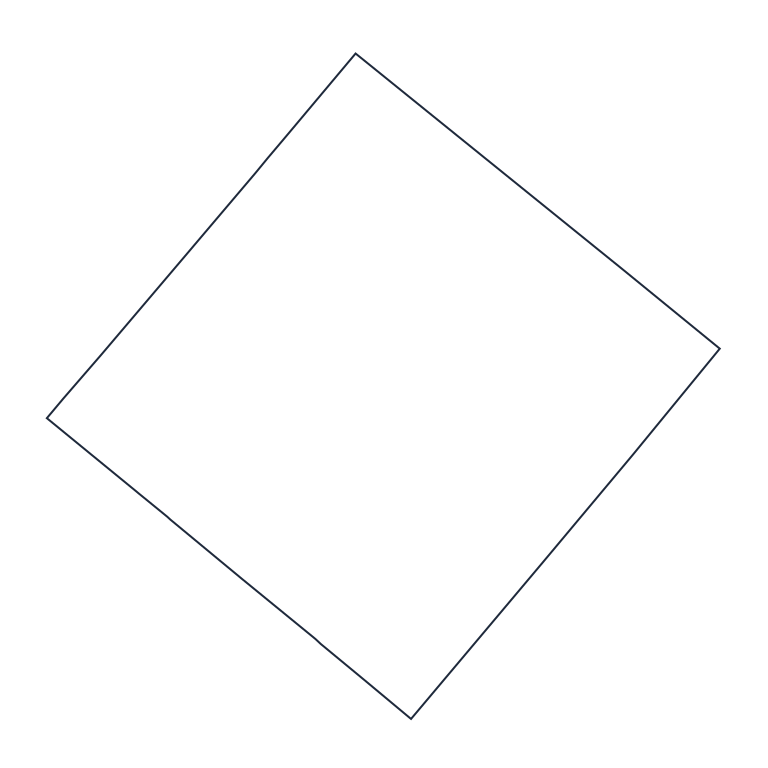 Elkhart, Indiana, United States of America (Robinson projection), rotated 310°
{"feature_id": "52423323B1645348206276", "entity_name": "Elkhart", "entity_type": "district", "adm_level": 2, "iso_a3": "USA", "parent_name": "United States of America", "parent_adm1": "Indiana", "projection": "robinson", "projection_center": [-85.898, 41.598], "detail": "fine", "context": "isolated", "style": "outline", "palette": "slate", "viewbox_px": 768, "rotation_deg": 310, "n_neighbors": 0, "source": "geoboundaries", "source_scale": "gbopen_adm2", "svg_char_len": 514}
<svg xmlns="http://www.w3.org/2000/svg" viewBox="0 0 768 768"><g transform="rotate(310 384 384)"><path d="M626.9,618.5L625.2,492.7L618.9,149.8L542.1,149.8L511.9,149.8L511.3,149.8L483.4,149.7L482.2,149.7L462.9,149.9L367.1,149.4L363.6,149.4L347.3,149.3L347.2,149.3L245.1,148.7L225.7,148.6L166.7,147.7L141.1,147.7L142.5,264.1L142.5,266.9L143.0,303.5L142.8,307.5L143.4,400.8L144.6,495.4L144.2,502.7L144.6,557.0L144.8,620.0L350.8,620.3L490.0,620.1L626.9,618.5Z" fill="none" stroke="#1e293b" stroke-width="2"/></g></svg>